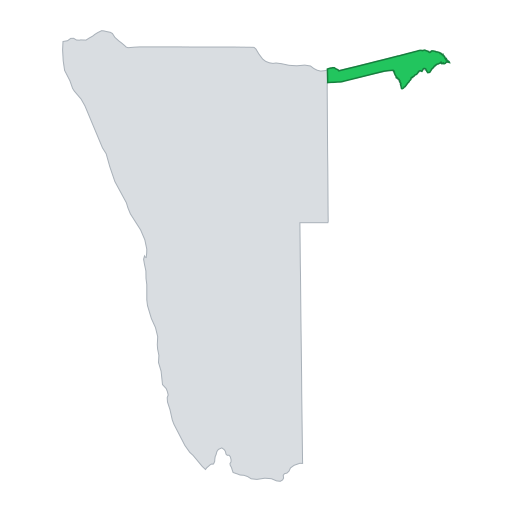 where Caprivi sits in Namibia
{"feature_id": "NAM-3356", "entity_name": "Caprivi", "entity_type": "Region", "adm_level": 1, "iso_a3": "NAM", "parent_name": "Namibia", "parent_adm1": "", "projection": "equal_earth", "projection_center": [23.77, -17.975], "detail": "fine", "context": "in_parent", "style": "filled", "palette": "green", "viewbox_px": 512, "rotation_deg": 0, "n_neighbors": 0, "source": "natural_earth", "source_scale": "10m", "svg_char_len": 5961}
<svg xmlns="http://www.w3.org/2000/svg" viewBox="0 0 512 512"><path d="M395.7,56.6L401.9,55.0L407.7,53.5L414.5,52.0L419.9,50.8L421.3,50.4L434.4,51.9L440.1,52.8L442.0,53.8L444.6,56.3L449.4,62.4L448.1,62.2L439.4,63.5L436.0,65.2L428.6,72.4L427.0,71.4L425.2,70.0L423.7,69.5L420.4,71.3L417.1,73.3L413.5,76.3L410.5,79.1L409.5,80.7L404.9,86.6L403.4,87.6L402.0,88.0L401.5,87.7L400.9,85.2L398.0,79.2L393.4,71.4L392.1,70.6L391.1,70.3L387.7,70.7L377.8,72.9L369.5,74.8L356.7,78.0L343.0,80.5L334.5,82.1L327.2,82.6L327.2,90.3L327.3,105.9L327.4,121.5L327.5,137.0L327.6,152.6L327.8,168.1L327.9,183.6L328.0,199.1L328.1,214.5L328.2,221.3L327.9,222.7L323.8,222.7L314.3,222.7L306.3,222.7L299.9,222.7L300.0,231.9L300.1,242.7L300.2,253.5L300.3,264.3L300.5,275.1L300.6,285.9L300.7,296.6L300.8,307.4L300.9,318.1L301.0,326.2L301.0,327.1L301.2,342.8L301.4,359.4L301.6,376.0L301.7,392.5L301.9,409.0L302.1,425.4L302.3,441.8L302.5,458.2L302.6,463.4L299.8,463.3L294.1,465.3L290.5,467.9L289.0,471.1L286.9,473.1L284.4,473.7L283.2,475.4L283.6,478.0L282.6,479.9L280.3,481.3L276.6,480.9L271.4,478.7L264.9,478.2L256.9,479.4L251.2,478.8L247.7,476.6L244.0,475.3L240.0,475.0L237.8,474.1L233.1,472.5L232.1,469.6L231.5,467.5L230.2,465.2L230.0,463.4L231.0,462.0L231.1,459.8L230.3,456.7L229.0,455.2L227.2,455.3L226.0,454.1L225.5,451.7L224.4,449.8L221.8,447.9L218.4,449.4L216.9,451.5L216.0,454.8L215.2,456.5L214.8,459.3L214.7,461.3L213.8,463.4L213.0,464.3L212.0,463.9L210.3,464.7L206.6,467.9L205.5,469.5L202.3,466.5L193.0,455.3L189.8,452.4L184.9,445.5L173.9,424.2L172.3,420.0L170.0,409.7L167.5,402.0L167.2,397.6L168.2,395.0L167.4,391.6L166.2,388.6L162.5,384.6L161.1,371.2L158.5,362.5L158.9,355.4L157.6,348.9L157.3,344.7L157.7,336.7L155.5,327.6L151.4,318.6L147.5,305.6L146.8,299.9L146.8,284.6L146.0,278.4L145.9,271.0L144.3,263.4L143.6,259.2L144.5,255.9L145.1,257.0L146.2,257.5L146.7,253.1L146.8,249.2L144.8,239.7L140.6,229.9L130.4,213.9L127.9,207.8L126.4,202.8L114.9,181.6L109.8,166.7L106.2,153.8L102.5,147.9L84.9,105.8L81.1,99.1L74.3,91.1L72.6,88.4L69.9,80.7L64.6,70.4L63.2,60.8L62.6,49.9L63.0,41.5L67.6,40.7L70.7,38.4L73.6,38.3L76.4,40.0L79.5,40.2L80.6,39.9L86.0,40.1L89.1,38.1L92.7,36.1L94.8,34.4L97.7,32.6L101.6,30.7L103.9,30.9L106.7,31.6L110.3,32.3L112.4,33.5L114.9,37.4L118.8,40.9L121.6,43.0L124.9,45.8L125.9,46.9L127.3,47.5L128.2,47.7L134.1,47.2L139.5,46.9L145.3,46.9L156.2,46.9L167.2,46.9L178.1,46.9L189.1,47.0L200.0,47.0L210.9,47.0L221.9,47.0L232.8,47.0L237.3,47.1L245.1,47.2L253.3,47.3L254.2,47.5L255.1,48.3L255.9,49.0L258.8,53.9L262.6,59.0L265.7,61.4L269.4,62.8L272.9,63.4L276.1,63.0L281.5,63.7L289.0,65.3L296.7,65.8L304.8,65.1L310.5,66.0L313.8,68.5L317.1,70.2L320.6,71.1L325.2,70.6L331.1,68.7L336.0,68.9L338.3,70.3L339.7,70.4L348.3,68.4L355.2,66.7L365.6,64.1L374.1,62.0L386.8,58.8L395.7,56.6Z" fill="#d9dde1" stroke="#a8b0b8" stroke-width="1"/><path d="M338.9,70.9L339.4,70.7L341.4,70.2L348.6,68.4L355.8,66.7L362.9,64.9L370.1,63.1L375.9,61.6L381.7,60.2L387.6,58.7L393.4,57.2L395.8,56.6L396.9,56.3L397.9,56.0L398.5,56.0L399.3,55.8L400.5,55.5L401.8,55.1L403.0,54.8L404.2,54.5L405.4,54.2L406.7,53.8L407.9,53.5L409.1,53.2L410.3,52.9L411.5,52.6L412.8,52.2L414.0,51.9L415.2,51.6L416.4,51.3L417.7,50.9L418.9,50.6L419.7,50.4L420.2,50.3L420.8,50.4L422.3,50.5L422.6,50.7L422.8,50.6L424.0,50.2L424.5,50.1L425.1,50.2L426.3,50.8L427.1,51.0L427.7,51.3L428.4,51.5L428.6,51.7L428.8,52.0L429.0,52.2L429.5,52.4L429.7,52.5L430.0,52.4L430.3,52.3L430.8,51.8L431.1,51.5L431.2,51.3L431.4,51.0L431.7,50.9L433.0,50.9L435.4,51.4L435.6,51.5L435.9,51.8L436.2,51.9L437.1,51.9L439.1,52.4L439.8,52.8L440.2,53.5L440.8,53.2L441.1,53.5L441.5,54.1L441.9,54.6L442.2,54.6L442.8,54.3L443.0,54.3L443.0,55.1L443.0,55.3L443.1,55.6L443.3,55.8L443.5,55.8L443.8,55.8L443.9,56.0L444.4,56.6L444.5,56.7L444.7,57.8L444.8,58.0L445.1,58.0L445.3,58.2L445.4,58.5L445.5,58.8L445.7,58.3L445.9,58.3L446.4,58.9L446.4,59.1L446.4,59.6L446.5,59.8L446.6,60.0L446.9,60.2L447.1,60.3L447.4,61.0L447.6,61.1L448.1,61.1L448.5,61.2L448.9,61.5L449.2,62.0L449.4,62.5L447.5,62.0L446.4,62.0L445.4,63.2L444.5,63.7L443.6,63.7L443.3,63.0L442.5,63.6L442.2,63.7L441.9,63.2L441.5,63.5L441.3,63.3L441.1,63.0L440.8,62.7L441.0,62.2L440.6,62.2L440.5,62.4L440.4,62.7L440.2,63.0L437.9,64.0L437.3,64.0L436.9,64.2L436.2,64.9L435.6,65.1L435.4,65.2L435.2,65.7L435.0,65.9L434.7,65.9L434.5,66.0L434.3,66.2L434.1,66.4L433.4,67.6L432.4,68.4L431.9,68.9L430.5,71.2L430.4,71.2L430.3,71.4L429.9,72.1L429.8,72.3L429.5,72.4L428.2,72.6L427.8,72.7L426.9,71.5L426.8,70.9L426.7,70.7L426.3,70.3L425.8,69.1L425.4,68.7L424.8,68.5L423.8,68.5L423.4,68.7L423.0,69.3L422.1,71.1L421.9,71.4L421.6,71.3L421.1,71.0L420.8,70.8L420.2,70.7L419.6,70.8L418.6,71.5L417.3,73.6L416.3,74.5L415.3,74.8L415.0,74.9L414.2,75.9L414.0,76.2L413.2,76.6L412.8,76.9L412.7,77.1L412.6,77.4L412.3,77.2L412.2,77.1L411.0,78.1L410.9,79.4L410.5,79.9L409.6,80.7L409.3,81.1L408.8,82.1L408.4,82.5L408.0,82.7L405.3,86.4L404.9,86.8L404.3,86.9L403.6,87.9L403.4,88.1L402.3,88.7L401.8,88.7L401.4,88.3L401.2,86.7L400.7,85.0L400.5,84.5L400.9,83.7L400.6,82.9L399.7,81.6L399.9,81.0L399.8,80.6L399.5,80.3L399.3,79.9L399.2,79.5L398.9,79.3L398.5,79.2L398.1,79.0L398.0,78.7L397.6,78.0L397.1,77.6L396.8,78.0L396.6,77.9L396.3,77.8L396.2,77.7L396.2,76.8L396.2,76.6L396.0,76.2L395.1,74.9L394.8,74.0L394.5,73.4L394.4,73.2L394.4,72.9L394.4,72.0L394.3,71.9L394.1,71.9L393.9,71.8L393.8,71.5L393.8,71.0L393.8,70.7L393.6,70.6L393.2,70.3L392.2,70.3L390.2,70.5L387.7,70.7L384.4,71.1L381.9,71.7L379.5,72.3L377.1,72.9L374.6,73.5L372.2,74.1L369.8,74.7L367.4,75.3L365.0,75.9L362.6,76.5L360.2,77.1L357.8,77.7L355.4,78.3L353.0,78.9L350.6,79.5L348.2,80.1L345.8,80.7L343.4,81.3L342.9,81.5L342.4,81.6L341.9,81.7L341.4,81.8L340.9,81.9L340.4,81.9L339.0,82.0L337.7,82.0L336.3,82.1L335.0,82.2L333.4,82.3L331.8,82.3L330.2,82.4L328.6,82.5L327.7,82.6L327.4,69.0L327.8,68.9L330.5,68.0L330.9,68.2L331.4,68.1L331.9,67.8L332.4,67.7L332.8,67.8L334.0,67.7L334.5,67.8L335.7,68.8L337.4,69.5L338.2,70.0L338.7,70.8L338.9,70.9Z" fill="#22c55e" stroke="#15803d" stroke-width="1.5"/></svg>